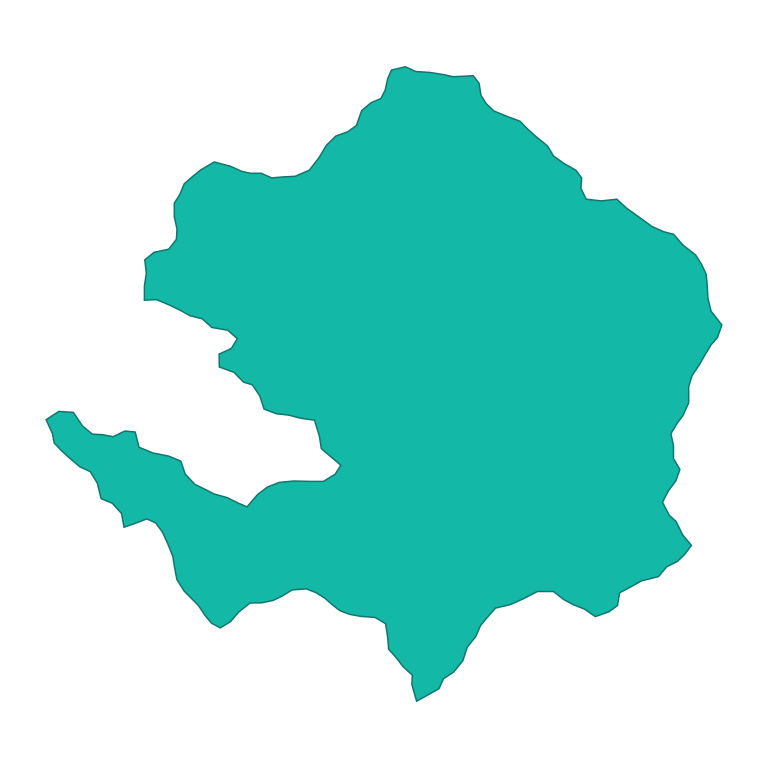 outline of Ouro Branco, Minas Gerais, Brazil
{"feature_id": "56859067B93796062388454", "entity_name": "Ouro Branco", "entity_type": "district", "adm_level": 2, "iso_a3": "BRA", "parent_name": "Brazil", "parent_adm1": "Minas Gerais", "projection": "orthographic", "projection_center": [-43.694, -20.527], "detail": "fine", "context": "isolated", "style": "filled", "palette": "teal", "viewbox_px": 768, "rotation_deg": 0, "n_neighbors": 0, "source": "geoboundaries", "source_scale": "gbopen_adm2", "svg_char_len": 2722}
<svg xmlns="http://www.w3.org/2000/svg" viewBox="0 0 768 768"><path d="M46.1,419.7L52.5,433.7L54.2,443.0L61.1,450.3L69.0,457.6L80.0,466.9L90.3,471.7L97.3,483.1L101.1,498.6L112.3,503.3L121.6,513.6L124.0,527.2L136.5,522.9L146.8,518.9L155.7,522.9L162.5,532.2L168.2,544.8L172.8,556.3L175.0,569.9L176.9,579.6L184.0,590.9L191.2,598.2L198.4,605.5L205.2,615.6L211.6,623.3L220.3,627.9L230.4,621.7L238.9,611.9L250.1,603.0L262.0,602.8L273.2,600.4L282.1,596.1L292.2,589.9L306.4,588.9L315.7,592.5L324.4,597.8L332.1,604.6L339.9,610.7L349.8,614.4L360.9,616.4L375.0,617.4L385.6,623.7L387.7,637.6L388.6,649.2L396.0,657.5L403.2,666.8L412.3,675.1L411.9,684.6L416.6,701.2L429.0,694.3L439.0,688.7L443.5,678.7L453.6,672.1L462.9,660.7L467.2,647.2L475.6,636.8L480.5,625.7L486.4,618.4L495.5,608.1L510.6,604.5L523.3,598.8L537.4,591.5L553.5,591.5L563.5,599.4L572.8,604.5L584.5,609.1L595.3,616.6L609.0,611.8L617.5,605.5L619.6,592.8L628.9,587.9L641.6,580.8L658.5,576.6L666.8,566.7L677.4,561.4L684.8,554.3L691.4,545.4L682.7,534.9L676.1,521.5L669.3,515.3L662.5,502.3L668.4,490.8L675.9,480.8L679.9,469.5L673.5,458.6L673.5,445.6L670.9,433.7L677.5,422.8L683.0,415.5L688.7,402.9L688.7,386.5L692.1,375.6L699.5,364.5L704.8,355.2L711.1,344.8L717.4,337.6L721.9,325.0L711.1,311.2L707.9,298.1L707.3,286.7L706.2,274.2L701.5,264.3L695.6,255.0L682.9,245.0L673.6,234.3L663.6,231.7L651.8,226.4L638.2,216.5L626.6,208.2L616.8,199.2L601.2,200.9L586.2,199.2L580.9,188.3L581.7,178.2L576.0,170.3L564.2,163.6L553.6,156.1L547.4,145.8L537.1,137.5L528.2,129.6L520.1,121.3L505.5,115.8L493.7,110.9L486.3,103.7L481.0,95.4L479.1,83.4L473.2,75.7L462.6,76.3L452.9,76.7L444.2,74.7L430.4,72.5L415.7,71.5L405.5,66.8L391.5,70.0L387.7,78.7L385.2,90.1L380.8,98.6L371.2,102.6L361.7,110.5L356.4,125.5L347.7,131.8L335.9,136.0L326.4,145.3L319.0,157.7L309.3,170.2L295.1,176.3L283.4,176.9L271.8,177.9L261.2,173.3L250.4,173.3L241.6,171.3L230.3,166.2L214.3,162.0L200.7,169.9L192.0,177.0L184.2,183.8L179.8,194.6L174.3,203.1L174.3,217.0L177.0,229.0L176.4,239.3L168.7,249.2L154.1,252.3L144.8,259.8L146.3,273.5L144.4,286.1L144.4,300.2L156.4,299.6L170.0,305.3L180.8,310.6L190.1,315.8L202.2,318.8L211.9,327.5L227.7,330.2L237.3,338.7L231.4,348.4L219.1,354.1L219.3,367.0L233.9,372.3L243.6,382.2L252.3,384.8L259.7,395.8L264.1,409.1L276.6,413.8L288.0,415.0L301.4,418.4L314.5,420.2L319.4,436.2L321.3,448.6L331.7,457.5L340.8,465.2L335.2,474.1L323.4,481.4L309.2,481.4L293.8,481.0L279.2,482.4L267.5,487.0L257.6,494.5L247.0,506.9L237.2,502.6L227.1,497.6L213.9,493.9L204.6,489.1L194.9,484.4L185.2,474.1L180.9,461.2L168.7,456.1L152.6,452.9L139.0,447.2L135.2,432.0L124.9,431.0L113.2,436.7L102.6,434.7L92.3,434.1L82.5,426.0L73.4,412.4L58.8,411.4L46.1,419.7Z" fill="#14b8a6" stroke="#0f766e" stroke-width="1.5"/></svg>